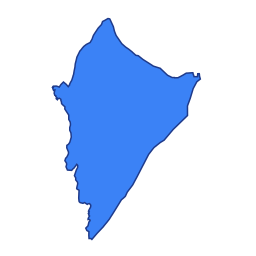 the district of Zorzor, Lofa, Liberia, rotated 178°
{"feature_id": "62588387B39118473724395", "entity_name": "Zorzor", "entity_type": "district", "adm_level": 2, "iso_a3": "LBR", "parent_name": "Liberia", "parent_adm1": "Lofa", "projection": "equal_earth", "projection_center": [-9.601, 7.921], "detail": "fine", "context": "isolated", "style": "filled", "palette": "blue", "viewbox_px": 256, "rotation_deg": 178, "n_neighbors": 0, "source": "geoboundaries", "source_scale": "gbopen_adm2", "svg_char_len": 3155}
<svg xmlns="http://www.w3.org/2000/svg" viewBox="0 0 256 256"><g transform="rotate(178 128 128)"><path d="M142.5,237.7L144.2,238.1L147.0,236.6L149.7,235.3L150.9,232.3L152.1,231.1L154.3,228.9L157.8,224.0L159.3,221.8L160.1,219.9L160.8,218.0L162.3,215.7L162.7,215.0L162.8,214.8L166.7,213.0L169.3,211.1L169.5,210.9L170.8,209.5L172.1,207.9L173.1,206.9L173.4,206.6L176.6,200.6L177.6,196.9L178.4,194.2L178.6,193.1L178.9,190.7L179.8,187.0L179.9,186.5L180.5,183.5L180.7,182.9L180.9,182.6L181.2,181.5L181.8,179.8L182.3,178.3L183.0,176.9L183.7,175.9L184.6,174.2L184.9,173.5L184.9,173.2L185.0,173.2L185.7,172.1L185.8,172.0L186.3,171.4L188.2,173.8L190.9,176.2L192.0,175.2L193.5,173.8L195.3,171.3L196.4,171.8L198.1,172.4L201.2,172.4L201.7,171.9L202.0,171.3L201.2,171.2L201.8,170.1L201.1,168.2L199.8,168.6L200.6,165.4L200.0,163.2L199.0,162.7L199.1,161.9L197.9,160.6L198.7,159.8L197.6,158.7L196.8,159.8L195.4,160.1L194.1,159.0L194.1,157.7L193.6,156.4L193.6,155.1L193.1,154.1L192.9,153.9L191.6,152.6L190.3,151.4L190.5,149.2L186.8,143.0L186.9,138.6L185.6,136.1L185.4,134.5L185.4,133.3L185.4,133.0L185.5,132.8L185.5,132.6L186.2,130.6L186.3,127.8L185.3,125.3L185.2,124.9L185.0,120.9L186.5,116.2L187.1,115.1L188.1,113.8L189.7,112.8L189.9,110.3L188.3,106.0L188.5,104.1L190.1,101.2L191.4,99.9L191.7,99.0L192.2,97.5L191.0,95.6L190.7,95.1L190.6,93.7L191.3,91.4L190.0,88.1L185.8,87.6L184.5,89.0L183.3,89.9L180.5,93.5L180.1,93.0L179.9,92.8L179.7,92.6L179.6,92.4L179.7,90.6L179.7,90.2L181.0,88.1L183.2,82.2L182.0,80.0L182.0,79.8L182.1,78.0L180.4,75.7L180.2,74.0L181.0,71.2L181.4,69.4L180.9,68.5L179.7,68.0L179.1,67.4L179.4,63.6L179.4,63.4L179.7,59.7L179.5,56.6L179.3,56.0L178.4,55.1L175.6,54.3L174.0,55.0L171.4,53.1L170.7,53.6L169.1,53.8L167.9,52.2L168.1,50.4L169.7,47.7L170.4,46.2L169.7,45.6L170.6,44.1L170.0,43.7L170.4,42.6L169.5,41.4L170.3,40.3L171.0,38.9L171.1,37.9L170.0,38.0L169.1,37.2L169.5,36.2L170.3,35.5L170.9,33.4L171.4,31.6L173.7,29.4L172.7,27.0L170.7,25.8L170.9,21.9L170.8,18.9L168.9,18.8L168.0,17.9L162.5,23.9L155.8,30.5L155.7,30.8L152.3,34.6L149.8,37.6L147.6,40.9L147.2,41.4L144.5,45.4L137.1,56.5L135.4,57.8L133.5,59.4L133.0,59.9L131.0,63.9L129.0,66.4L127.9,67.7L125.4,70.8L124.9,71.6L122.9,75.1L120.9,78.5L117.7,84.2L114.4,90.1L114.2,90.4L108.3,100.9L103.9,106.2L103.1,107.1L102.8,107.5L96.5,112.2L96.2,112.4L92.3,114.6L88.6,118.7L82.9,125.0L68.1,138.4L67.8,148.0L64.8,155.4L61.5,165.1L57.6,171.8L54.0,174.4L54.7,177.3L54.8,179.2L54.9,179.8L56.4,179.8L56.6,178.4L56.7,176.9L56.8,176.9L57.5,176.9L57.9,176.9L60.2,177.0L60.6,178.7L60.8,178.8L61.1,180.3L61.1,180.8L61.3,181.0L64.1,180.9L66.6,180.8L67.5,180.8L67.9,180.8L68.9,180.2L69.2,180.1L70.5,179.3L73.9,177.6L75.5,176.9L76.2,176.5L76.8,176.5L79.6,176.5L79.7,176.8L82.1,176.9L83.1,177.4L83.4,177.6L86.6,179.3L92.7,185.5L93.4,186.1L93.4,186.3L93.6,186.5L99.5,188.6L100.4,188.9L103.1,190.8L110.7,196.0L113.0,198.0L115.2,199.9L115.7,200.0L117.7,200.4L119.7,202.4L120.0,202.7L120.5,203.1L121.2,203.9L124.6,206.8L127.6,209.0L131.3,212.5L132.9,215.0L134.8,218.0L136.1,220.0L136.7,221.0L138.1,225.0L138.6,227.3L139.1,229.8L141.4,235.3L142.2,237.2L142.5,237.7Z" fill="#3b82f6" stroke="#1e3a8a" stroke-width="1.5"/></g></svg>